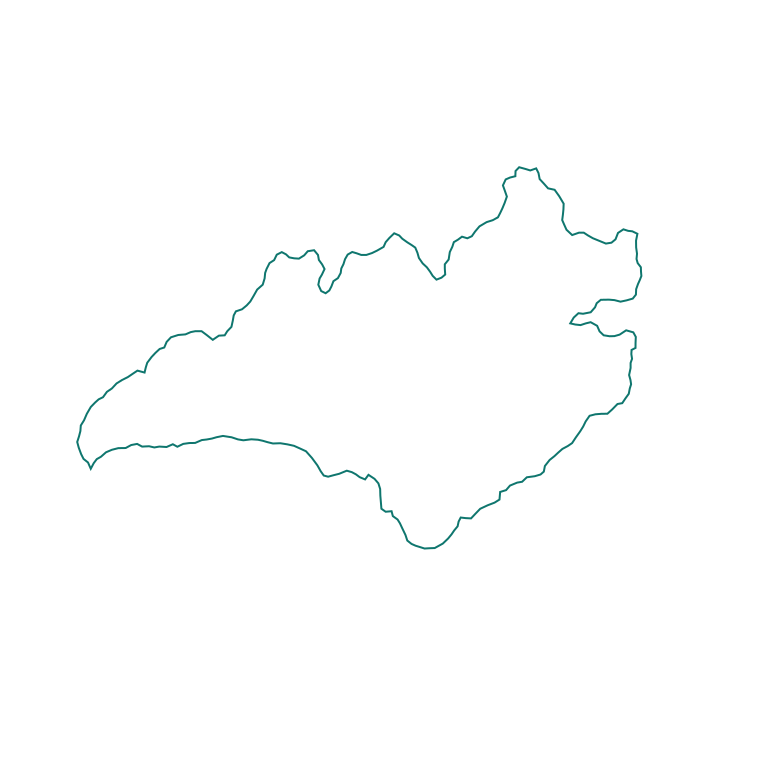 Caeté, Minas Gerais, Brazil, rotated 58°
{"feature_id": "56859067B10298229878474", "entity_name": "Caeté", "entity_type": "district", "adm_level": 2, "iso_a3": "BRA", "parent_name": "Brazil", "parent_adm1": "Minas Gerais", "projection": "albers", "projection_center": [-43.645, -19.886], "detail": "fine", "context": "isolated", "style": "outline", "palette": "teal", "viewbox_px": 768, "rotation_deg": 58, "n_neighbors": 0, "source": "geoboundaries", "source_scale": "gbopen_adm2", "svg_char_len": 4059}
<svg xmlns="http://www.w3.org/2000/svg" viewBox="0 0 768 768"><g transform="rotate(58 384 384)"><path d="M526.5,192.1L524.2,187.0L522.0,181.6L518.1,178.0L515.2,174.6L511.3,172.9L506.3,171.4L501.1,166.4L496.8,163.7L494.1,160.3L489.7,158.4L486.3,156.0L486.7,151.6L482.3,148.8L477.5,145.5L472.3,145.2L466.8,150.2L467.0,158.0L465.5,163.2L463.1,167.3L459.1,171.9L453.6,173.3L447.6,172.4L441.1,176.0L439.5,180.8L438.2,186.1L434.9,190.3L431.3,193.9L428.2,187.9L427.0,181.6L429.9,178.0L432.7,170.7L430.8,164.4L428.2,160.8L427.5,155.5L431.7,148.5L435.0,144.1L439.5,139.8L441.6,134.0L443.4,127.8L441.7,123.0L437.2,119.9L433.8,115.6L431.4,112.0L428.8,108.5L424.9,106.5L421.1,104.3L415.9,104.8L411.8,103.6L407.6,100.4L401.8,97.8L396.0,94.3L390.9,89.5L386.1,92.5L383.5,95.8L379.7,99.0L379.9,105.5L384.0,111.0L384.7,116.2L382.5,121.4L376.1,126.0L371.1,129.6L366.1,132.3L361.5,134.4L359.0,138.4L357.4,145.5L349.9,147.5L344.0,146.7L339.4,146.0L335.4,142.7L331.0,139.3L326.3,136.1L317.6,135.9L309.7,136.4L305.0,141.2L299.0,142.2L292.7,143.4L287.0,141.2L281.8,140.7L280.4,146.8L276.7,150.0L271.8,154.5L273.1,159.6L277.4,162.5L275.7,167.7L275.0,172.4L278.6,177.9L284.1,179.1L290.2,180.5L294.5,185.9L297.9,190.7L300.7,195.1L303.0,199.0L302.7,205.0L301.1,211.2L300.9,219.5L303.0,226.0L305.2,231.2L304.6,236.1L300.4,239.8L300.8,244.9L300.7,249.6L303.8,253.3L307.0,258.3L312.7,263.2L314.7,269.0L318.4,271.3L323.6,274.1L324.3,278.9L323.3,284.2L318.1,285.4L313.2,285.4L307.8,285.8L302.2,287.3L295.6,287.6L290.4,286.1L284.9,285.2L280.9,286.9L276.1,289.2L270.5,291.5L266.1,292.4L261.6,295.5L263.0,302.1L264.6,307.4L267.5,311.7L267.2,319.2L266.6,324.8L265.2,330.5L262.5,334.9L258.7,337.9L255.2,341.0L255.0,346.2L257.5,350.9L260.9,354.9L263.4,359.0L266.9,361.9L269.8,367.0L270.0,372.4L273.4,376.9L275.7,380.8L276.1,385.4L271.9,388.0L265.0,387.1L260.4,382.7L258.4,378.8L255.0,373.5L249.8,373.1L244.3,373.5L239.6,371.6L233.5,372.4L231.0,378.3L232.6,383.5L232.6,389.7L229.8,393.6L226.4,397.3L222.1,398.4L218.0,400.8L217.5,406.4L220.7,411.5L220.8,417.0L224.2,422.6L226.8,425.9L231.2,429.3L235.5,434.2L236.7,441.5L240.3,448.1L243.2,453.7L244.6,458.8L245.4,464.8L243.9,471.1L246.2,475.1L250.3,478.8L254.7,483.1L256.2,489.0L258.3,493.3L255.5,498.4L255.8,505.8L248.5,508.4L242.6,510.7L239.2,516.1L237.6,520.3L236.7,526.1L233.4,532.5L231.5,539.9L233.1,546.0L236.6,551.0L235.4,555.7L236.5,561.4L237.9,566.7L240.5,573.5L243.6,577.1L247.4,581.0L242.0,586.0L242.2,592.3L242.4,597.5L241.8,604.0L241.8,610.5L243.6,617.2L243.8,623.1L246.3,629.3L245.8,634.1L246.6,638.7L248.1,644.8L251.8,651.8L255.8,657.6L258.5,663.1L263.0,666.4L266.8,670.4L270.6,674.9L276.2,676.6L283.0,678.0L288.3,678.5L293.7,676.6L300.5,677.6L297.3,672.1L295.5,667.4L295.7,662.6L294.6,655.9L295.6,649.6L297.6,643.3L301.4,637.0L301.8,630.7L304.0,625.1L308.9,622.3L312.3,616.2L316.1,612.4L318.0,607.7L322.2,601.8L323.2,595.0L327.7,592.5L328.4,586.0L330.9,580.4L333.9,575.4L335.0,568.2L337.1,563.8L339.1,558.8L340.4,554.2L342.7,548.1L348.4,541.5L353.6,537.2L357.2,533.1L360.6,525.8L364.5,520.4L367.9,516.9L371.6,513.6L375.6,509.7L379.3,503.3L384.0,497.9L388.7,493.1L394.2,489.4L399.7,485.8L408.5,484.3L417.7,483.6L424.5,483.9L429.7,483.6L433.0,480.5L434.6,475.2L436.4,469.6L437.8,461.5L441.7,458.0L445.7,455.7L450.1,454.0L454.9,450.6L452.8,445.3L459.4,442.3L465.3,441.4L471.0,442.9L476.8,446.3L483.6,449.8L488.4,452.3L493.2,450.3L495.9,445.0L500.7,446.5L506.1,444.3L510.6,444.3L515.4,444.9L523.4,445.8L529.1,447.2L534.2,445.4L537.9,442.9L541.6,439.7L545.0,436.8L547.3,432.6L550.0,427.9L550.5,418.7L549.0,411.5L547.3,406.4L545.4,402.1L543.7,397.0L540.2,393.6L537.9,389.7L541.1,385.7L544.1,381.4L542.5,375.3L540.8,368.5L541.8,360.3L543.2,353.1L543.2,347.3L537.1,342.7L538.7,336.7L536.9,331.0L538.2,323.3L540.1,318.7L538.8,312.3L542.1,305.0L543.7,299.2L543.0,294.9L538.8,291.0L536.2,283.8L535.5,277.7L534.5,272.6L533.6,267.1L534.0,261.0L533.8,255.8L531.0,249.7L528.1,242.7L525.6,237.6L522.6,232.8L519.9,226.5L521.7,220.8L524.5,215.4L527.6,210.3L526.5,204.0L524.7,196.6L526.5,192.1Z" fill="none" stroke="#0f766e" stroke-width="2"/></g></svg>